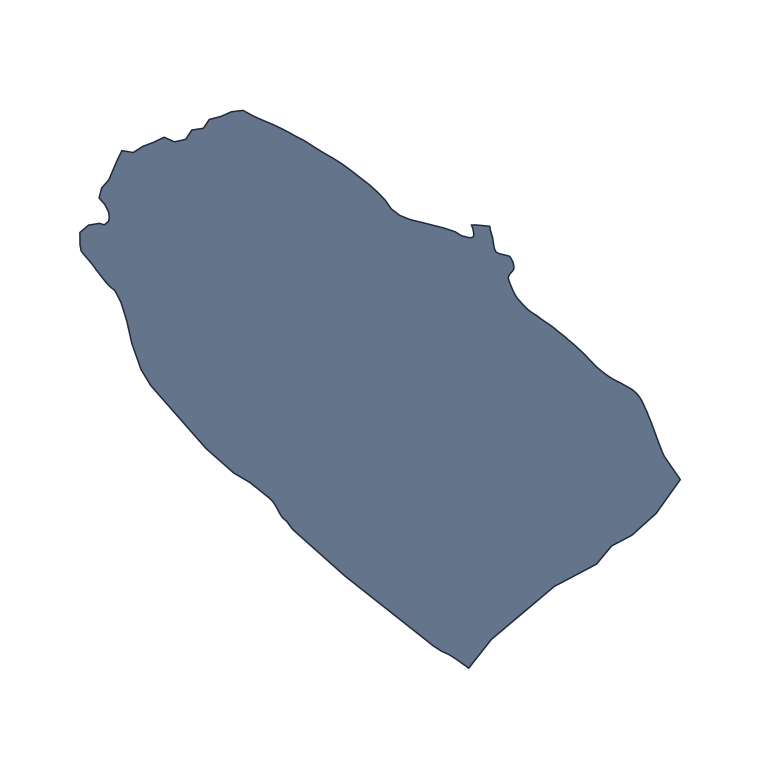 Sarar, Abyan, Yemen, rotated 80°
{"feature_id": "15242507B17231437712289", "entity_name": "Sarar", "entity_type": "district", "adm_level": 2, "iso_a3": "YEM", "parent_name": "Yemen", "parent_adm1": "Abyan", "projection": "natural_earth1", "projection_center": [45.331, 13.58], "detail": "fine", "context": "isolated", "style": "filled", "palette": "slate", "viewbox_px": 768, "rotation_deg": 80, "n_neighbors": 0, "source": "geoboundaries", "source_scale": "gbopen_adm2", "svg_char_len": 2900}
<svg xmlns="http://www.w3.org/2000/svg" viewBox="0 0 768 768"><g transform="rotate(80 384 384)"><path d="M408.6,167.9L407.1,169.2L405.3,170.7L403.7,172.0L400.7,174.0L396.6,176.8L396.0,177.2L392.5,179.5L389.5,181.5L386.0,184.0L382.3,186.9L379.1,189.3L375.4,192.3L372.3,195.0L369.0,197.5L366.0,200.2L362.9,203.0L359.6,205.8L356.8,208.2L353.2,211.8L350.4,214.8L347.0,218.2L344.2,220.7L341.5,223.6L338.8,226.5L335.7,229.3L332.6,231.6L329.6,233.6L325.8,235.9L322.4,238.0L318.8,239.4L315.5,240.5L311.1,241.5L307.2,242.4L303.4,243.0L301.1,243.3L299.0,242.2L297.8,241.2L294.6,237.2L292.7,235.9L289.2,235.6L285.7,235.9L282.8,237.0L280.8,237.7L279.4,239.1L278.9,240.6L277.3,244.0L275.8,247.7L273.5,250.8L269.4,251.8L265.7,251.8L262.1,251.7L258.6,251.6L254.5,252.1L251.0,252.5L247.3,252.4L247.0,252.6L246.2,255.4L245.2,259.0L243.1,266.7L242.7,270.3L245.5,269.7L247.4,269.5L250.7,269.5L253.1,269.8L253.8,270.1L254.6,270.8L254.9,271.5L254.9,273.5L254.2,276.1L253.0,278.2L252.1,280.6L250.3,283.4L247.8,285.9L246.5,287.4L241.4,296.8L240.7,298.0L240.0,299.6L236.0,308.6L231.3,319.0L226.6,329.8L220.7,339.2L212.7,346.5L203.1,350.9L194.0,357.0L184.9,364.1L176.8,371.5L168.7,378.8L160.7,386.3L152.8,395.0L145.5,403.8L144.2,405.2L142.8,406.8L138.2,411.9L130.8,419.9L123.5,429.4L116.6,438.0L114.6,440.7L109.7,447.5L103.6,457.0L97.1,466.6L90.1,475.2L89.4,487.0L90.2,490.1L92.2,498.4L93.1,510.1L100.8,517.5L100.5,529.2L108.6,536.8L108.9,542.9L109.1,548.4L105.4,553.8L102.8,557.6L105.9,568.8L107.2,575.6L108.1,580.3L112.5,590.8L108.6,601.6L117.2,607.8L119.3,609.2L126.1,613.7L126.2,613.8L135.0,619.4L142.0,628.1L151.4,632.3L158.6,627.8L164.3,626.1L167.3,625.3L172.7,625.7L176.0,627.1L178.5,631.3L178.2,632.9L176.4,636.1L176.2,647.3L182.0,657.2L194.1,659.2L200.2,659.2L203.6,657.5L207.2,655.4L207.7,655.1L211.0,653.1L215.0,650.9L218.2,649.2L221.7,647.6L225.1,645.7L228.5,644.0L231.8,642.2L235.0,640.5L238.7,638.1L241.8,635.9L244.9,633.1L248.3,631.8L251.9,630.7L255.7,629.6L257.1,629.0L277.0,626.4L300.4,625.3L327.8,620.7L345.0,614.0L416.5,570.6L445.6,547.4L458.0,532.9L477.0,516.3L479.7,514.4L483.3,512.7L487.1,511.2L490.6,510.1L494.4,508.8L497.7,507.4L500.7,505.1L502.1,503.8L511.3,499.3L566.4,455.8L645.2,385.6L648.2,383.0L651.0,380.4L653.6,377.6L656.5,374.5L658.9,371.3L661.2,367.8L663.8,364.7L667.0,361.3L669.8,358.4L672.8,355.6L675.8,352.6L678.5,350.0L678.6,349.9L654.2,322.6L612.9,251.4L598.3,206.0L583.0,187.9L576.0,166.2L575.5,165.3L571.7,159.3L558.7,138.4L555.0,134.7L529.6,108.8L504.0,120.5L502.0,121.0L499.6,121.7L495.9,122.4L491.7,123.3L488.2,123.9L483.9,124.7L480.3,125.3L476.6,126.0L472.4,126.8L468.7,127.4L464.6,128.3L460.7,129.2L457.2,129.8L453.5,130.9L449.7,131.8L445.9,132.8L442.4,134.1L438.7,135.9L435.8,137.9L432.6,140.5L429.9,143.7L426.5,147.9L424.0,150.8L421.9,153.9L419.4,157.1L416.0,160.9L413.0,163.9L410.0,166.8L408.7,167.9L408.6,167.9Z" fill="#64748b" stroke="#1e293b" stroke-width="1.5"/></g></svg>